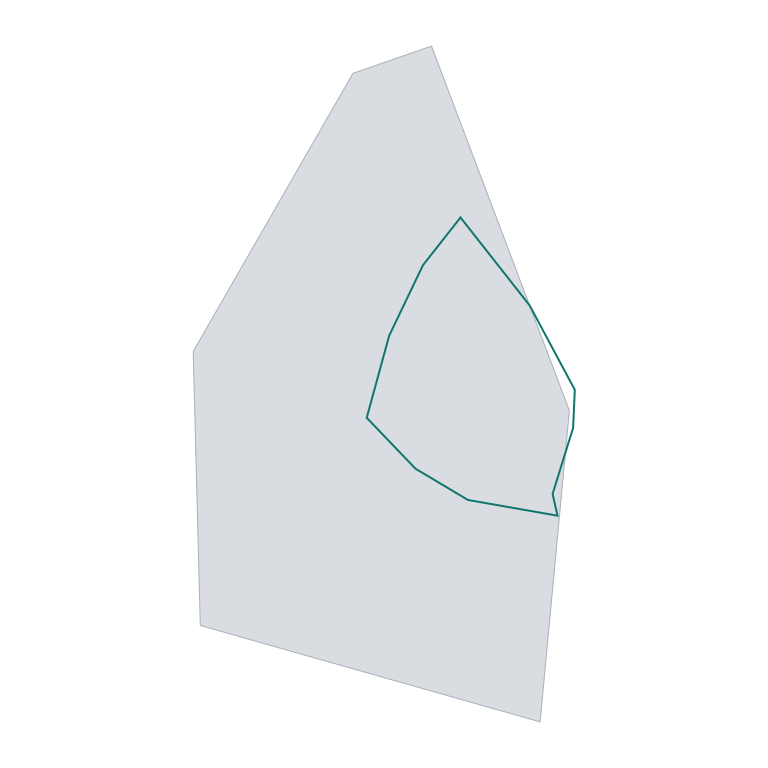 Saint Georges highlighted on a map of Montserrat
{"feature_id": "MSR-5088", "entity_name": "Saint Georges", "entity_type": "Parish", "adm_level": 1, "iso_a3": "MSR", "parent_name": "Montserrat", "parent_adm1": "", "projection": "orthographic", "projection_center": [-62.166, 16.749], "detail": "fine", "context": "in_parent", "style": "outline", "palette": "teal", "viewbox_px": 768, "rotation_deg": 0, "n_neighbors": 0, "source": "natural_earth", "source_scale": "10m", "svg_char_len": 415}
<svg xmlns="http://www.w3.org/2000/svg" viewBox="0 0 768 768"><path d="M569.4,410.6L540.1,721.9L200.3,625.5L193.2,351.4L353.0,73.3L431.5,46.1L569.4,410.6Z" fill="#d9dde1" stroke="#a8b0b8" stroke-width="1"/><path d="M460.5,217.5L529.6,305.4L574.8,389.8L573.1,427.9L552.6,493.9L557.5,515.7L468.0,500.0L415.5,468.7L366.7,417.8L389.2,335.6L423.0,265.1L460.5,217.5Z" fill="none" stroke="#0f766e" stroke-width="2"/></svg>